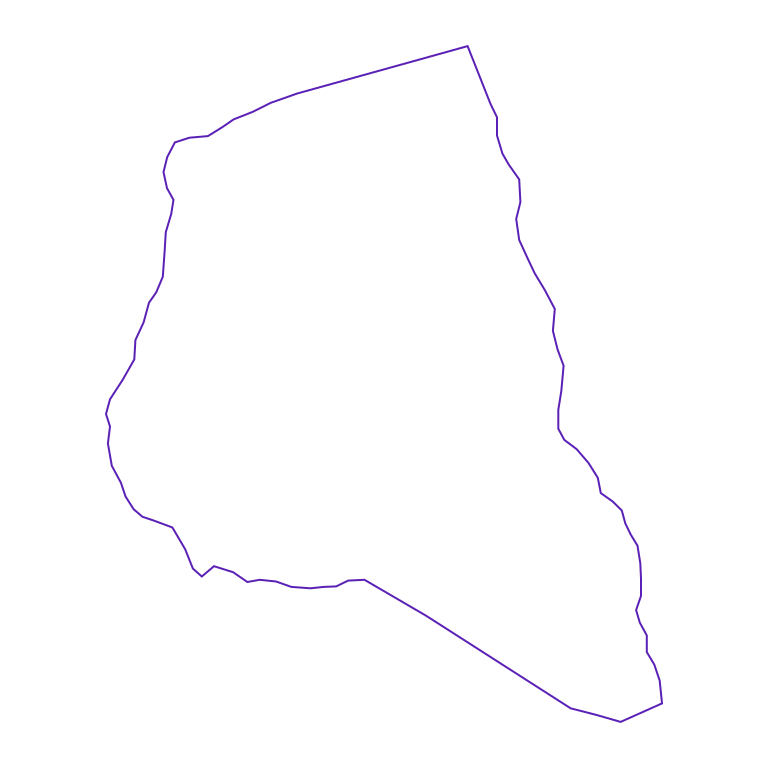 Ouriçangas, Bahia, Brazil
{"feature_id": "56859067B43695486502690", "entity_name": "Ouriçangas", "entity_type": "district", "adm_level": 2, "iso_a3": "BRA", "parent_name": "Brazil", "parent_adm1": "Bahia", "projection": "natural_earth1", "projection_center": [-38.654, -12.01], "detail": "fine", "context": "isolated", "style": "outline", "palette": "violet", "viewbox_px": 768, "rotation_deg": 0, "n_neighbors": 0, "source": "geoboundaries", "source_scale": "gbopen_adm2", "svg_char_len": 1229}
<svg xmlns="http://www.w3.org/2000/svg" viewBox="0 0 768 768"><path d="M270.8,102.8L252.8,111.8L233.6,119.4L222.4,127.1L207.9,136.1L189.4,137.7L174.9,142.4L167.2,157.1L163.5,172.1L167.0,188.2L173.5,199.9L171.2,214.1L165.8,232.1L164.6,251.7L162.8,276.8L156.2,292.4L149.0,302.7L143.6,322.4L135.4,340.1L134.3,359.4L122.8,379.6L110.0,399.3L106.0,414.0L110.0,426.5L107.9,443.5L111.8,465.8L120.9,482.7L125.6,496.6L133.6,509.2L142.5,516.8L153.9,520.6L172.4,527.5L185.2,549.3L192.9,568.6L201.8,576.5L214.0,566.2L233.1,572.2L247.4,582.0L259.6,579.8L276.1,581.5L291.3,586.9L310.5,588.3L323.8,586.9L336.2,586.4L348.1,580.6L364.5,579.8L426.2,615.8L570.6,708.3L597.0,715.1L620.6,721.9L662.0,703.4L659.7,680.7L654.3,664.6L646.8,652.1L646.8,635.5L639.8,622.6L636.1,610.1L641.0,595.9L641.0,578.5L640.3,563.2L637.5,545.7L630.7,534.5L625.3,523.4L621.8,510.5L612.7,501.5L600.8,493.1L597.8,477.8L588.6,463.1L576.7,449.2L564.3,439.9L558.3,428.7L558.3,409.9L561.3,391.1L563.6,365.7L557.6,349.6L552.9,330.8L554.8,309.0L544.9,290.2L534.7,273.3L528.1,259.4L519.2,240.0L516.2,219.0L520.4,202.1L519.2,179.4L508.5,164.2L502.4,153.5L497.0,135.5L497.0,117.3L490.5,103.9L467.6,46.1L297.2,93.5L270.8,102.8Z" fill="none" stroke="#5b21b6" stroke-width="2"/></svg>